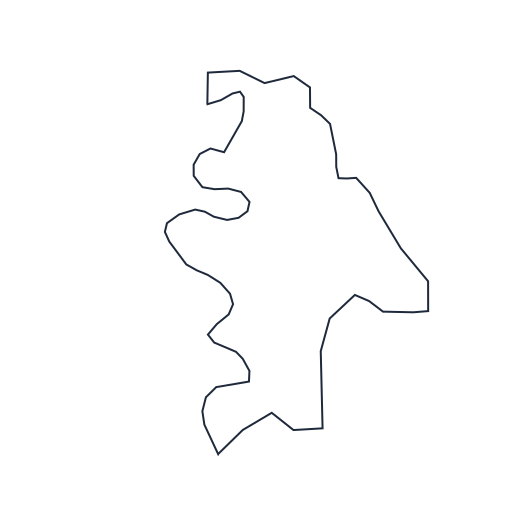 the border of Soroca, rotated 239°
{"feature_id": "MDA-1653", "entity_name": "Soroca", "entity_type": "District", "adm_level": 1, "iso_a3": "MDA", "parent_name": "Moldova", "parent_adm1": "", "projection": "equal_earth", "projection_center": [28.265, 48.155], "detail": "fine", "context": "isolated", "style": "outline", "palette": "slate", "viewbox_px": 512, "rotation_deg": 239, "n_neighbors": 0, "source": "natural_earth", "source_scale": "10m", "svg_char_len": 1088}
<svg xmlns="http://www.w3.org/2000/svg" viewBox="0 0 512 512"><g transform="rotate(239 256 256)"><path d="M105.6,121.5L138.1,124.9L150.6,130.1L160.7,140.3L164.1,154.4L152.0,185.3L160.9,191.2L174.7,191.7L184.2,189.5L203.3,175.6L213.4,174.3L217.8,187.3L220.0,202.5L226.5,211.5L237.0,214.3L251.4,211.6L264.5,205.0L274.3,197.8L284.7,191.9L313.0,189.1L323.6,190.3L330.0,196.6L331.2,211.6L327.1,227.8L320.3,235.0L311.4,240.1L301.8,249.8L297.7,260.8L298.8,271.8L305.7,278.3L318.6,276.2L328.1,266.9L334.6,254.9L342.6,245.5L356.8,243.9L366.4,249.6L372.4,260.3L371.6,272.3L361.4,282.1L378.9,313.3L386.3,319.9L398.7,327.4L405.1,326.9L407.4,319.6L407.7,306.1L411.1,292.6L411.7,292.8L438.0,309.2L423.1,337.4L399.8,352.4L390.8,381.0L372.7,389.1L355.1,378.7L343.1,384.3L331.1,387.5L301.9,377.1L291.1,370.7L280.2,366.8L275.6,373.9L271.4,382.1L251.6,386.0L231.1,384.1L188.0,384.1L145.7,390.5L120.1,375.2L126.7,361.9L142.9,336.2L159.0,329.8L171.7,320.7L164.5,287.0L141.1,262.5L74.0,224.3L87.5,198.5L113.5,188.7L113.7,155.1L105.9,122.1L105.6,121.5Z" fill="none" stroke="#1e293b" stroke-width="2"/></g></svg>